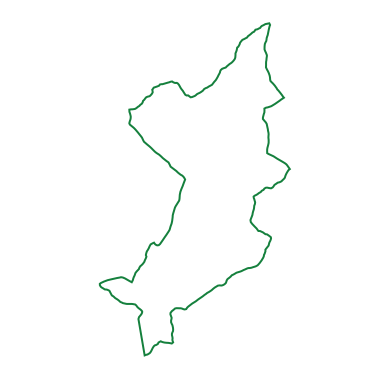 Mumias West, Western, Kenya, rotated 170°
{"feature_id": "3690345B19078543384145", "entity_name": "Mumias West", "entity_type": "district", "adm_level": 2, "iso_a3": "KEN", "parent_name": "Kenya", "parent_adm1": "Western", "projection": "orthographic", "projection_center": [34.444, 0.279], "detail": "fine", "context": "isolated", "style": "outline", "palette": "green", "viewbox_px": 384, "rotation_deg": 170, "n_neighbors": 0, "source": "geoboundaries", "source_scale": "gbopen_adm2", "svg_char_len": 5996}
<svg xmlns="http://www.w3.org/2000/svg" viewBox="0 0 384 384"><g transform="rotate(170 192 192)"><path d="M239.8,148.3L241.8,147.6L243.2,145.9L244.3,144.2L245.5,142.7L246.8,141.3L247.6,139.8L248.4,137.9L248.1,136.2L249.0,134.7L250.3,132.9L251.0,131.6L251.9,130.7L253.1,129.6L254.7,128.5L255.8,127.9L256.9,126.7L257.7,125.3L259.2,124.2L260.4,123.3L261.8,122.0L263.0,119.8L264.1,118.3L264.8,117.1L265.6,115.4L267.0,113.6L268.9,115.1L273.1,118.6L275.0,119.8L276.7,120.4L278.0,120.3L280.6,120.3L287.1,120.0L290.4,119.8L294.2,119.1L296.0,118.6L297.5,118.2L298.7,117.6L298.9,116.3L298.4,114.7L297.6,113.7L296.3,112.6L294.8,111.2L292.9,110.7L291.7,110.0L290.5,109.1L290.0,107.5L289.5,105.9L288.9,104.1L287.4,102.7L286.0,100.8L284.4,99.4L283.4,98.4L282.4,97.2L281.6,96.1L280.5,95.5L279.4,94.6L276.0,93.2L274.6,92.9L272.7,92.6L271.0,92.3L269.7,91.9L268.6,91.5L267.5,91.1L266.6,90.0L265.8,88.3L264.7,86.8L263.8,85.9L262.6,84.5L261.8,83.1L262.1,81.8L263.2,80.3L265.9,78.0L266.8,76.2L267.0,39.3L265.6,39.6L264.0,39.7L261.7,40.6L260.6,41.5L259.5,42.8L258.8,43.8L257.7,45.3L256.4,46.7L255.3,47.4L253.7,47.6L252.0,48.3L251.1,49.6L248.7,50.4L247.3,49.4L245.2,48.5L243.5,48.0L241.4,47.5L239.7,46.9L238.2,46.3L236.7,47.2L237.0,49.0L236.9,50.2L236.5,51.4L236.5,53.0L236.6,54.5L236.4,55.8L235.7,57.1L234.8,58.4L234.4,60.2L234.3,61.7L234.4,64.2L234.8,65.5L235.2,67.3L234.9,69.1L234.3,70.4L233.9,71.6L234.5,75.2L234.2,76.6L232.6,78.1L230.4,79.3L229.0,80.2L227.5,80.3L226.0,80.0L224.7,79.7L223.4,79.5L222.2,79.0L220.8,78.1L219.6,77.6L218.0,77.7L216.8,79.0L215.6,79.8L211.2,82.1L208.7,83.1L207.2,83.7L204.6,85.1L201.7,86.4L199.5,87.4L197.5,88.5L196.1,89.1L194.5,90.0L192.9,90.5L191.0,91.3L189.7,91.9L187.8,93.1L186.1,94.0L182.7,95.3L180.7,95.2L179.6,94.8L178.3,94.8L177.0,95.1L175.7,95.7L174.5,96.5L173.7,97.8L173.2,98.9L172.1,100.1L170.3,101.0L168.7,101.9L167.2,103.1L165.6,103.5L163.7,104.2L162.2,104.8L158.7,105.2L157.0,105.5L154.7,106.2L152.9,106.6L151.1,107.1L149.8,107.3L148.3,107.1L146.6,107.1L145.4,107.3L142.2,107.7L140.1,108.4L137.8,110.2L135.4,112.5L133.3,114.9L132.5,116.1L132.0,117.6L131.2,118.6L130.0,120.8L129.7,122.5L128.5,123.6L125.9,125.9L124.6,128.8L123.5,130.2L122.7,131.5L122.2,132.6L122.2,133.8L123.6,135.4L125.4,137.2L127.0,137.7L127.9,138.6L129.0,139.8L130.4,140.8L131.7,141.7L133.4,142.1L134.1,143.5L134.7,144.8L136.5,147.4L137.2,148.5L138.2,150.0L139.3,152.1L139.3,154.2L138.3,155.9L137.5,157.2L136.5,158.9L135.8,160.9L135.1,162.4L134.1,164.3L133.6,165.7L133.1,167.6L132.1,169.3L131.6,170.9L131.8,172.6L131.9,174.0L132.2,175.4L132.1,176.8L130.9,177.5L129.4,177.9L127.8,178.5L126.6,179.2L124.2,180.1L123.1,181.1L121.2,181.7L120.1,182.8L118.5,183.4L117.0,183.2L115.4,182.5L113.5,181.9L111.7,182.5L110.7,183.4L109.5,184.7L107.6,185.5L106.0,186.3L104.1,186.4L102.0,187.0L101.0,187.8L99.6,188.7L98.5,189.5L97.8,190.5L97.1,191.9L95.8,193.8L94.2,195.7L92.9,197.0L91.7,197.6L93.1,200.6L93.6,201.7L94.3,202.9L95.7,204.4L97.9,206.3L102.3,210.0L105.5,213.0L110.1,216.2L111.2,217.2L110.9,219.2L110.6,220.8L110.1,222.3L108.8,225.1L108.0,227.1L107.5,229.8L107.4,231.2L107.3,232.4L106.9,234.1L106.5,235.6L106.4,237.2L106.5,239.4L106.4,240.6L106.5,242.8L106.6,246.0L107.2,247.7L108.3,249.5L109.5,251.6L109.2,253.1L107.7,256.4L106.9,257.8L106.5,259.6L106.2,261.6L104.4,262.2L102.7,262.2L99.2,262.7L97.8,263.2L96.3,263.8L95.0,264.3L89.8,266.7L88.3,267.5L86.7,268.2L85.1,268.9L85.9,270.3L86.4,271.5L87.9,274.4L89.4,277.1L90.2,278.2L90.6,279.5L91.3,280.9L92.0,282.4L93.5,284.9L94.8,286.7L95.5,287.9L95.5,289.3L95.3,291.1L95.3,293.0L95.5,294.4L95.8,296.1L96.3,297.9L96.9,299.6L97.5,301.9L97.0,304.2L96.7,306.0L96.4,307.4L95.9,308.7L95.2,311.2L94.8,312.3L94.5,313.7L95.0,316.3L95.5,318.1L95.8,319.7L95.6,321.0L95.2,322.9L94.6,325.0L93.7,326.5L92.7,327.7L92.2,329.0L91.7,330.7L90.9,332.2L90.2,333.4L89.0,336.5L88.3,338.3L87.5,340.2L86.9,341.6L86.1,342.9L86.6,344.7L90.6,344.6L92.5,343.9L94.4,343.4L95.5,342.7L96.3,341.8L97.8,341.4L99.3,340.9L101.3,340.8L103.0,339.1L104.7,338.6L107.1,337.1L110.0,335.6L110.9,334.6L114.6,333.4L115.9,333.1L117.5,331.8L118.7,330.7L119.5,329.1L121.2,327.0L122.4,326.4L123.4,323.8L124.0,322.7L125.1,321.0L125.4,319.3L125.7,318.1L126.1,316.7L127.0,315.3L128.4,314.0L130.0,312.8L131.5,312.0L132.6,311.6L136.0,309.6L137.2,308.7L138.8,308.5L140.9,308.1L142.5,307.1L143.3,306.0L143.7,304.9L144.5,303.8L145.7,302.3L146.7,300.9L147.7,299.7L148.8,298.4L149.7,297.6L151.0,296.6L153.7,294.1L155.8,293.4L157.3,292.9L158.8,292.2L160.5,291.9L162.1,291.3L163.7,289.9L165.5,289.0L167.3,288.3L168.9,287.9L170.3,287.4L171.3,286.7L172.6,286.1L175.4,285.5L176.9,285.5L178.0,286.7L179.0,287.8L180.6,288.0L181.7,288.9L183.0,292.0L183.4,293.1L184.6,295.3L185.2,296.7L186.2,299.7L187.1,301.3L188.0,302.1L189.7,302.3L191.3,303.2L192.4,304.3L194.0,304.3L195.4,304.0L196.7,303.9L202.3,303.3L203.7,303.5L205.0,303.4L206.0,302.4L207.8,302.0L209.8,301.7L211.6,301.4L212.4,300.5L213.4,299.6L213.3,298.4L213.4,297.0L214.3,295.8L215.6,294.7L217.1,293.7L219.0,293.6L220.5,293.3L221.8,292.3L222.9,291.2L224.4,290.2L225.1,288.7L226.3,287.5L227.7,286.9L228.9,285.9L230.4,285.3L231.8,284.5L233.3,283.8L234.7,283.7L236.5,283.8L237.9,284.0L239.4,284.0L239.7,281.8L239.4,280.0L239.3,278.6L239.2,277.2L239.5,275.6L240.0,274.2L241.0,272.4L241.8,270.6L241.5,269.2L238.2,265.3L236.9,263.4L234.9,260.0L234.1,258.5L232.5,255.6L231.8,254.2L231.2,251.9L230.6,249.9L228.1,246.8L225.8,244.1L224.5,242.4L223.4,240.8L221.6,238.2L220.2,236.6L217.9,234.5L216.3,232.5L214.8,230.4L211.7,226.9L210.0,225.2L209.1,222.4L208.7,220.7L203.7,215.3L202.8,214.0L202.0,213.0L200.2,211.0L198.8,209.9L197.7,208.4L197.0,206.8L196.6,205.5L198.6,202.2L200.2,199.4L201.9,196.8L203.4,194.2L204.5,191.4L205.5,187.4L206.1,185.8L207.9,183.8L210.5,180.9L211.5,179.6L214.1,174.4L215.0,172.4L215.4,170.7L216.6,166.8L217.6,164.4L219.1,161.8L220.6,158.7L221.6,157.5L222.9,156.1L224.5,154.4L226.9,152.0L229.3,149.5L231.3,147.5L232.5,146.3L234.0,145.4L235.6,145.5L237.0,146.5L237.7,147.5L238.2,148.7L239.8,148.3Z" fill="none" stroke="#15803d" stroke-width="2"/></g></svg>